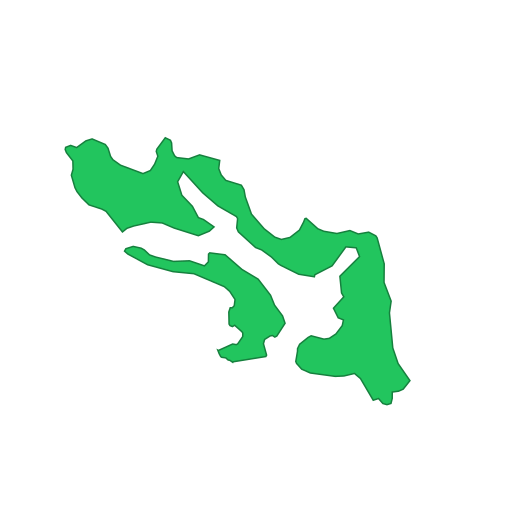 the district of Island, Washington, United States of America, rotated 145°
{"feature_id": "52423323B81098999696635", "entity_name": "Island", "entity_type": "district", "adm_level": 2, "iso_a3": "USA", "parent_name": "United States of America", "parent_adm1": "Washington", "projection": "albers", "projection_center": [-122.525, 48.158], "detail": "fine", "context": "isolated", "style": "filled", "palette": "green", "viewbox_px": 512, "rotation_deg": 145, "n_neighbors": 0, "source": "geoboundaries", "source_scale": "gbopen_adm2", "svg_char_len": 2464}
<svg xmlns="http://www.w3.org/2000/svg" viewBox="0 0 512 512"><g transform="rotate(145 256 256)"><path d="M146.4,201.3L146.3,203.8L150.0,210.9L159.6,215.4L164.5,223.0L176.8,228.0L186.3,237.4L189.7,242.8L193.3,258.1L194.5,258.5L197.7,256.4L205.6,252.3L217.5,251.7L225.7,255.0L229.8,260.7L233.7,273.6L235.7,292.9L230.9,310.5L227.8,317.2L227.4,322.4L237.4,335.3L238.0,342.4L236.4,349.0L230.9,355.1L244.2,371.2L255.6,374.2L264.5,382.1L265.2,384.8L264.4,390.3L260.3,397.0L259.7,399.9L262.5,404.9L275.9,400.4L277.7,398.9L279.2,394.0L286.3,389.4L293.5,386.6L301.3,388.3L314.9,408.1L318.0,416.9L318.0,421.0L315.4,429.2L315.5,433.8L323.1,445.9L329.3,447.9L340.7,447.7L344.4,452.9L349.6,454.2L351.2,452.7L352.0,449.4L351.5,438.9L356.1,432.0L360.9,428.1L365.1,415.8L365.7,411.4L365.3,403.2L363.5,393.7L355.4,382.9L353.2,378.6L351.6,352.3L345.8,352.7L338.9,350.7L322.8,344.1L313.9,336.9L307.0,325.8L291.6,305.7L280.0,303.1L273.7,303.9L278.1,316.0L281.2,320.5L279.6,333.2L281.9,348.3L277.6,361.8L267.1,366.8L263.4,338.3L258.5,318.9L249.4,299.5L249.6,297.2L255.7,290.1L256.6,285.9L251.5,263.2L247.9,257.8L243.9,246.2L242.2,236.8L241.0,234.0L231.5,216.6L220.1,205.5L218.6,206.9L199.3,204.3L177.1,211.9L169.2,205.2L171.5,196.1L198.9,191.3L207.1,176.7L207.5,172.2L222.5,168.8L224.1,158.2L221.0,153.5L225.3,149.5L235.2,146.3L243.2,146.5L248.0,148.9L256.6,159.0L260.0,159.4L270.8,158.7L275.1,156.3L276.7,154.1L283.9,146.8L284.4,144.7L283.5,137.1L278.6,129.0L260.2,112.0L252.8,107.3L242.7,103.3L240.7,95.7L242.7,70.6L237.4,69.0L236.7,62.4L234.0,59.1L230.0,57.8L226.1,61.2L222.4,66.4L216.8,63.5L211.8,62.5L201.4,65.6L201.3,86.4L196.7,102.2L179.3,132.9L171.2,141.5L166.3,160.9L155.5,176.0L146.4,201.3ZM336.0,182.2L335.5,182.5L305.6,168.0L304.2,168.7L300.2,179.9L296.8,182.7L290.3,182.4L288.1,181.4L287.1,178.8L284.9,178.5L270.8,184.2L268.6,191.7L269.0,205.1L266.6,215.5L267.5,235.8L275.2,253.0L280.6,274.7L292.1,285.1L293.8,284.8L298.4,278.5L303.9,277.5L313.2,290.2L326.7,298.9L338.8,312.7L342.6,318.0L344.0,325.0L345.6,328.3L351.1,334.3L358.4,336.6L360.9,335.4L359.9,331.2L349.8,311.0L333.0,290.8L317.0,277.1L299.5,249.0L297.8,242.0L298.1,232.4L302.4,227.7L305.2,227.2L306.8,228.4L310.4,225.7L317.1,215.7L317.2,213.9L315.8,211.7L313.2,211.5L311.0,202.1L311.0,200.5L313.1,197.6L321.4,194.5L323.0,194.7L325.6,197.3L341.0,200.2L341.3,200.8L342.2,197.2L342.6,193.8L342.2,192.7L339.2,189.9L338.5,186.8L337.3,185.6L336.0,182.2Z" fill="#22c55e" stroke="#15803d" stroke-width="1.5"/></g></svg>